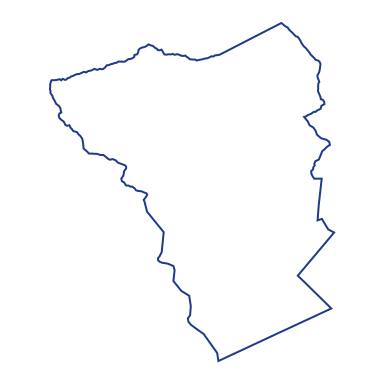 Curimatá, Piauí, Brazil
{"feature_id": "56859067B38389486255432", "entity_name": "Curimatá", "entity_type": "district", "adm_level": 2, "iso_a3": "BRA", "parent_name": "Brazil", "parent_adm1": "Piauí", "projection": "mercator", "projection_center": [-44.372, -9.975], "detail": "fine", "context": "isolated", "style": "outline", "palette": "blue", "viewbox_px": 384, "rotation_deg": 0, "n_neighbors": 0, "source": "geoboundaries", "source_scale": "gbopen_adm2", "svg_char_len": 3073}
<svg xmlns="http://www.w3.org/2000/svg" viewBox="0 0 384 384"><path d="M334.1,232.5L328.2,229.4L321.9,218.9L319.2,219.8L317.6,220.4L318.7,205.5L321.7,178.7L314.3,178.7L312.7,176.4L311.3,173.6L311.2,171.0L313.0,169.6L313.4,167.1L314.7,165.5L314.3,163.6L315.4,161.2L318.9,159.5L322.2,151.2L323.9,149.9L326.9,146.9L328.4,145.8L329.9,145.0L329.3,142.0L326.4,139.7L321.8,138.5L320.3,137.6L316.9,134.6L315.7,130.9L313.3,127.5L309.6,125.3L307.7,121.3L304.1,117.0L305.9,116.4L308.2,114.9L310.9,113.9L313.8,111.9L315.4,111.9L316.8,110.7L320.7,108.7L321.4,105.8L324.4,104.2L324.2,101.8L322.7,99.7L320.8,99.2L320.5,97.1L317.9,90.9L318.2,88.5L318.1,86.6L318.4,83.2L319.3,81.9L317.6,77.3L317.4,75.4L319.1,72.3L319.7,69.9L320.5,63.9L319.4,61.6L318.2,60.6L315.5,59.8L314.4,58.2L310.7,54.6L309.3,52.4L305.8,48.1L303.6,46.1L301.3,42.8L300.5,40.8L298.1,37.1L295.7,36.2L291.9,32.3L289.2,29.8L287.6,27.5L285.1,26.1L281.4,23.0L264.0,31.9L219.5,54.8L217.0,55.2L214.9,55.4L213.4,56.5L211.4,56.3L208.7,57.7L206.8,58.4L205.0,58.5L203.2,59.1L200.6,59.6L196.5,60.5L195.0,59.5L193.3,59.6L191.5,59.4L189.6,59.2L188.5,57.9L186.5,56.8L185.5,55.6L183.7,55.9L181.4,55.8L178.9,54.6L177.0,54.2L174.7,54.8L172.6,53.9L171.1,54.4L168.2,54.3L166.2,54.7L164.2,54.3L163.4,52.9L162.5,51.1L161.5,49.6L159.7,50.3L157.9,50.1L156.9,48.8L155.3,48.0L152.8,45.9L150.9,45.4L148.5,44.4L146.5,46.0L144.4,47.1L141.7,47.6L140.0,48.5L138.6,49.8L138.2,52.4L137.1,54.3L134.4,55.0L134.3,56.9L132.1,58.4L130.6,58.9L128.2,59.2L125.8,61.1L124.0,61.8L121.7,61.6L118.2,61.6L116.7,62.7L114.3,63.1L112.5,63.9L110.9,64.1L109.0,65.1L106.8,65.3L105.6,66.9L103.4,68.9L101.8,69.3L99.8,68.8L97.2,69.9L94.4,68.9L91.5,70.4L88.2,71.1L86.1,72.4L84.0,71.8L81.1,73.1L79.0,74.1L77.4,74.0L74.7,75.0L73.1,75.9L71.2,76.4L69.5,77.7L67.7,78.1L66.6,79.4L65.0,79.9L62.7,78.8L61.2,80.3L59.7,79.2L56.9,79.9L54.6,80.2L51.6,80.2L50.6,82.5L50.2,84.4L50.2,87.2L49.9,89.2L50.5,90.8L50.4,92.9L52.5,96.0L52.8,97.7L54.3,100.1L55.1,101.6L56.1,103.8L58.9,105.9L60.4,108.2L60.6,109.9L61.3,112.5L59.5,113.5L58.8,115.3L59.0,116.9L59.8,118.5L61.3,119.8L63.7,121.6L65.4,124.9L67.0,125.8L69.4,125.2L70.5,127.7L72.0,129.2L73.4,131.2L75.3,131.6L77.0,132.2L78.5,134.3L80.5,136.1L82.4,139.1L83.1,143.6L83.6,148.6L87.3,151.7L88.8,153.5L91.5,153.6L97.0,153.9L100.6,155.0L103.5,155.0L108.5,159.1L109.9,159.7L112.8,159.1L115.8,160.4L118.0,162.7L120.2,163.5L122.3,164.3L125.3,165.5L126.2,166.8L126.1,168.5L124.1,171.1L123.4,175.6L121.3,178.6L121.9,181.2L124.1,182.4L124.9,183.8L126.1,185.5L128.6,185.6L130.3,186.6L132.1,186.6L134.7,188.4L135.9,190.2L137.8,190.9L142.0,191.4L143.4,192.2L146.3,193.2L147.2,194.7L145.8,197.2L143.7,199.9L144.5,201.6L147.0,211.6L163.7,232.2L161.7,252.2L159.4,256.6L158.0,258.3L158.2,260.5L159.7,261.7L161.9,262.7L167.6,263.6L173.4,266.0L174.6,270.1L173.4,281.0L181.2,290.8L189.2,295.8L190.8,306.2L190.1,315.3L187.9,318.3L188.4,321.6L190.7,324.6L198.6,330.5L203.6,333.9L217.2,353.0L218.4,361.0L262.8,340.3L274.8,334.7L331.3,308.5L323.3,300.6L313.9,291.4L301.4,279.1L297.8,275.7L309.9,261.3L334.1,232.5Z" fill="none" stroke="#1e3a8a" stroke-width="2"/></svg>